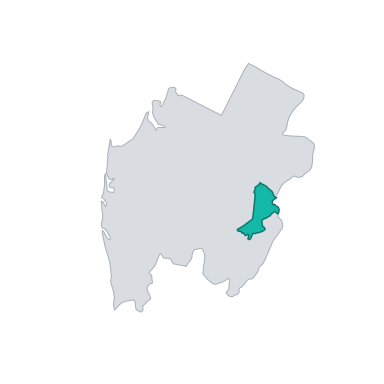 Sèbè-Brikolo, Haut-Ogooué, Gabon shown in context, rotated 27°
{"feature_id": "22940354B60180935649619", "entity_name": "Sèbè-Brikolo", "entity_type": "district", "adm_level": 2, "iso_a3": "GAB", "parent_name": "Gabon", "parent_adm1": "Haut-Ogooué", "projection": "equal_earth", "projection_center": [13.691, -0.557], "detail": "fine", "context": "in_parent", "style": "filled", "palette": "teal", "viewbox_px": 384, "rotation_deg": 27, "n_neighbors": 0, "source": "geoboundaries", "source_scale": "gbopen_adm2", "svg_char_len": 6320}
<svg xmlns="http://www.w3.org/2000/svg" viewBox="0 0 384 384"><g transform="rotate(27 192 192)"><path d="M249.0,58.0L248.9,61.2L246.2,68.9L245.0,74.9L244.6,81.2L245.4,86.3L246.6,89.9L247.5,93.9L246.8,96.7L245.6,97.9L246.4,99.2L248.4,99.6L251.7,98.4L256.7,96.3L263.3,93.2L267.7,91.6L274.9,92.6L278.7,93.7L280.7,95.9L282.8,105.0L283.9,106.4L285.6,110.3L287.1,114.9L287.4,117.3L287.2,119.0L285.8,121.5L284.1,125.2L283.6,127.4L282.2,129.1L280.4,130.7L275.6,131.4L274.9,132.4L273.5,136.3L271.0,139.6L269.8,142.8L268.8,147.0L269.0,152.2L268.5,159.7L268.0,164.8L269.3,166.5L275.0,167.8L276.1,168.8L277.7,171.9L279.6,174.9L284.9,176.7L286.9,179.0L288.6,181.5L288.8,183.5L287.6,191.7L286.4,199.5L286.9,205.4L287.3,211.1L287.9,219.4L287.7,224.4L286.2,227.5L286.2,229.9L286.9,232.9L285.5,240.9L284.7,242.3L282.3,243.8L281.1,245.9L280.7,249.3L279.4,254.0L278.1,255.7L278.1,257.9L279.4,259.4L279.4,261.9L277.0,264.7L275.6,266.9L272.5,268.0L268.9,266.9L268.1,265.3L268.9,262.8L268.6,260.8L267.4,258.7L265.5,253.3L263.8,252.1L262.8,254.3L259.9,258.4L254.8,263.7L251.2,264.1L244.5,262.5L238.9,260.0L236.3,253.8L234.6,248.7L232.3,242.8L229.6,240.0L226.7,238.2L225.5,238.1L221.4,241.4L220.2,242.7L220.2,245.4L220.6,248.0L221.2,249.3L221.7,250.9L221.6,253.5L220.9,257.0L220.6,260.8L207.9,264.5L205.6,263.1L204.0,261.4L202.1,261.7L196.5,263.7L194.5,262.3L192.5,261.3L191.6,262.2L191.5,263.8L192.4,272.7L192.1,276.1L190.9,280.6L190.2,283.6L193.6,284.5L194.8,285.9L196.0,288.1L197.7,290.2L197.8,291.5L195.9,293.8L195.3,296.7L196.2,299.0L198.5,301.3L201.9,303.8L203.5,305.4L203.4,306.8L201.8,309.9L201.2,312.6L200.1,315.0L200.4,317.2L201.9,319.2L201.7,321.0L200.7,322.4L198.6,322.1L196.8,322.3L195.2,321.7L190.2,314.7L189.1,314.5L181.9,319.9L180.1,322.1L178.6,325.4L176.6,332.3L173.3,328.3L170.5,320.9L167.2,316.3L160.2,308.9L158.4,303.5L150.4,291.6L138.9,279.6L130.7,269.3L129.4,267.0L130.8,267.3L138.8,272.4L139.9,271.8L140.8,270.7L137.3,268.0L134.1,265.8L131.0,264.5L127.9,264.6L126.1,262.4L125.0,259.1L124.4,256.2L123.1,253.3L118.7,247.1L117.6,244.7L115.2,241.5L116.7,241.1L121.4,244.2L121.8,242.9L121.4,241.1L116.7,238.2L114.1,238.0L113.5,235.9L113.8,233.5L110.5,224.6L106.9,217.8L106.4,214.7L115.9,229.3L117.1,229.5L118.8,229.4L122.7,227.7L122.0,225.8L120.2,223.7L118.5,224.7L116.3,224.9L115.1,224.0L114.6,222.5L116.8,215.4L115.8,215.8L115.1,217.0L113.9,217.6L112.0,218.0L107.3,214.2L103.2,204.0L102.1,201.9L101.0,198.3L99.9,196.8L95.2,182.3L97.0,183.4L99.2,187.6L103.4,186.7L105.0,184.2L106.4,184.3L107.9,183.8L109.7,181.5L115.1,171.5L116.5,158.2L116.1,150.4L115.3,142.6L117.0,140.1L117.7,141.7L118.1,144.5L118.9,146.5L120.8,148.4L124.4,148.9L129.9,151.8L131.9,153.6L132.4,149.9L138.7,146.8L136.8,145.7L131.2,146.9L123.5,142.2L120.9,139.3L118.5,133.6L116.0,130.7L116.2,128.0L121.8,125.6L123.2,125.9L123.8,128.8L125.3,130.0L125.9,129.6L126.1,127.1L126.1,120.4L124.4,110.8L125.0,109.0L126.5,108.4L127.8,107.1L128.8,106.8L130.6,107.1L131.6,109.3L132.1,110.5L134.0,111.1L135.5,112.3L136.9,111.9L138.0,110.6L139.6,110.3L144.7,110.3L149.2,110.3L158.3,110.4L167.4,110.4L176.6,110.4L183.4,110.5L183.4,105.0L183.4,96.6L183.3,86.6L183.3,77.0L183.2,68.2L183.2,57.8L183.6,54.8L184.0,53.5L183.9,51.8L190.9,51.7L203.7,52.5L209.3,52.4L210.8,52.5L217.8,52.0L223.4,52.6L225.8,53.4L228.0,53.7L234.8,54.2L243.6,53.6L246.6,53.8L248.2,55.2L249.0,58.0Z" fill="#d9dde1" stroke="#a8b0b8" stroke-width="1"/><path d="M248.4,152.9L248.4,153.9L248.4,154.7L248.3,155.2L248.0,155.7L247.6,156.3L247.3,156.9L247.1,157.4L246.9,157.9L246.6,158.5L246.3,158.9L246.1,159.2L246.2,159.4L246.5,159.6L246.9,160.2L247.0,161.0L247.1,162.0L247.2,163.3L247.3,164.2L247.5,164.3L247.9,164.4L248.2,164.5L248.5,164.6L248.8,164.8L249.1,165.2L249.3,165.7L250.0,166.9L251.1,169.6L252.5,173.4L254.0,177.1L255.7,181.5L257.5,186.4L257.9,187.6L258.0,188.5L257.9,189.2L257.6,189.8L257.0,191.0L255.9,193.4L255.0,195.0L254.7,195.8L254.3,196.6L253.9,197.5L253.6,198.3L253.3,198.9L252.9,199.3L252.0,200.6L251.6,201.3L251.4,201.8L251.1,202.3L250.8,202.9L250.4,203.1L250.0,203.8L249.7,204.3L249.5,204.9L249.6,205.3L249.8,205.4L250.0,205.6L250.3,205.8L250.5,205.8L250.8,205.8L251.1,205.7L251.5,205.7L251.8,205.7L252.1,205.5L252.5,205.4L253.0,205.2L253.5,205.0L253.9,205.0L254.3,205.2L254.5,205.5L254.9,205.8L255.2,205.8L255.6,205.7L255.9,205.3L256.2,205.1L256.5,205.0L256.8,205.2L257.0,205.5L257.3,205.7L257.6,205.9L258.0,206.0L258.6,206.2L259.1,206.3L259.3,206.5L259.4,206.3L259.8,206.1L260.2,205.8L260.3,205.3L260.6,204.7L260.8,204.5L261.1,204.4L261.6,204.5L262.0,204.8L262.3,205.1L262.4,205.5L262.6,206.2L262.8,207.0L262.9,207.5L263.0,207.9L263.1,208.4L263.4,208.5L264.2,208.5L264.6,208.4L264.9,207.9L265.2,207.5L265.4,207.1L265.5,206.6L265.4,206.2L265.3,205.7L265.2,205.2L265.2,204.2L265.1,203.3L265.1,202.4L265.1,201.1L265.6,200.9L266.3,200.8L266.8,200.6L267.5,199.9L268.0,199.3L268.8,198.6L269.3,198.3L270.2,197.8L270.6,197.2L271.3,196.2L272.0,195.7L272.4,195.5L272.5,195.1L272.9,194.5L273.6,193.3L273.9,193.0L274.0,192.4L274.0,191.9L273.7,191.6L273.3,191.3L272.7,191.0L272.2,190.7L271.7,190.6L270.9,190.6L270.3,190.3L267.4,186.2L267.1,185.7L267.0,185.3L267.4,184.8L268.7,182.6L269.1,182.3L269.5,182.1L270.0,181.6L271.2,179.3L271.5,178.8L271.9,178.5L272.3,177.9L272.5,176.7L272.7,175.9L272.9,175.0L273.2,174.3L273.8,173.2L274.3,172.3L274.7,171.9L275.1,171.7L275.9,171.8L276.3,172.1L276.8,172.3L277.4,172.4L278.7,172.4L278.7,172.0L278.6,171.5L278.5,170.8L278.4,170.3L278.2,169.7L278.0,169.0L277.6,168.3L277.4,167.8L276.8,167.3L276.2,166.7L275.6,166.5L275.1,166.3L274.7,166.2L274.3,166.2L274.0,166.3L273.6,166.5L273.2,166.5L273.0,166.4L272.8,166.2L272.6,166.0L272.2,165.8L271.9,165.7L271.4,165.6L270.9,165.6L270.6,165.8L270.5,166.0L270.2,166.3L270.0,166.5L269.7,166.5L269.4,166.4L269.1,166.2L268.9,165.9L268.6,165.3L268.3,164.8L268.0,164.4L267.9,164.1L267.9,163.7L267.9,163.1L267.9,162.6L268.0,162.2L268.3,161.7L268.5,161.3L268.9,160.7L269.1,160.2L269.4,159.6L269.8,159.0L269.9,158.7L268.5,158.7L267.4,158.7L267.2,158.5L266.6,158.2L266.4,158.0L266.0,157.6L265.5,157.2L265.1,156.8L264.3,156.0L263.7,155.6L263.1,155.3L262.9,155.2L262.5,155.0L262.0,155.0L261.6,154.9L261.2,154.9L260.6,154.6L260.2,154.4L259.8,154.3L258.7,154.2L258.0,154.1L257.5,153.8L256.8,153.5L256.4,153.3L256.0,153.2L253.2,153.1L251.1,153.1L248.8,153.0L248.4,152.9Z" fill="#14b8a6" stroke="#0f766e" stroke-width="1.5"/></g></svg>